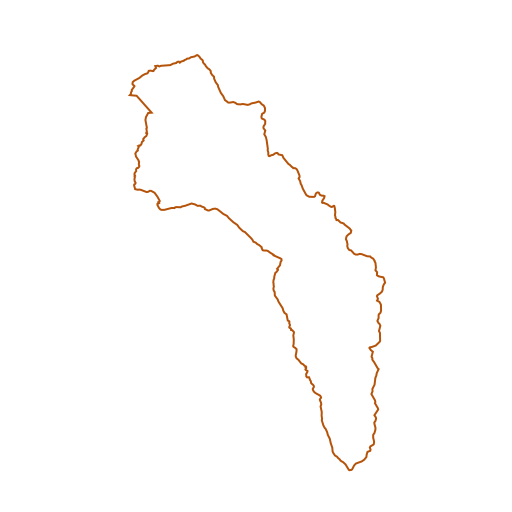 Uzumba Maramba Pfungwe, Mashonaland East, Zimbabwe (Natural Earth projection), rotated 111°
{"feature_id": "62879985B20819792882543", "entity_name": "Uzumba Maramba Pfungwe", "entity_type": "district", "adm_level": 2, "iso_a3": "ZWE", "parent_name": "Zimbabwe", "parent_adm1": "Mashonaland East", "projection": "natural_earth1", "projection_center": [32.048, -17.097], "detail": "fine", "context": "isolated", "style": "outline", "palette": "amber", "viewbox_px": 512, "rotation_deg": 111, "n_neighbors": 0, "source": "geoboundaries", "source_scale": "gbopen_adm2", "svg_char_len": 6106}
<svg xmlns="http://www.w3.org/2000/svg" viewBox="0 0 512 512"><g transform="rotate(111 256 256)"><path d="M218.1,143.4L216.5,145.6L216.1,148.1L215.5,149.2L216.4,152.1L216.4,157.9L216.8,159.8L218.4,161.9L218.9,163.5L218.8,165.1L216.7,169.2L217.0,171.0L215.8,173.0L214.9,173.7L214.0,174.4L212.4,174.7L209.6,176.5L208.0,178.1L205.2,178.5L203.1,177.6L200.4,175.8L198.0,176.2L197.5,177.5L196.9,178.0L194.9,184.7L194.2,185.8L194.4,189.1L193.0,192.4L193.6,193.4L193.6,193.8L192.4,194.7L192.0,195.5L190.9,195.9L189.6,196.9L186.8,197.6L183.1,199.5L181.2,200.9L181.3,201.4L182.8,202.5L183.2,203.2L183.0,205.0L182.2,207.8L182.1,211.9L182.6,212.9L182.4,213.5L180.5,213.9L177.6,213.2L175.6,213.4L175.5,214.5L176.0,216.0L176.1,217.7L175.9,218.4L174.4,220.0L174.5,221.2L175.5,222.2L176.8,222.5L179.1,222.3L180.0,223.0L181.6,227.4L181.3,230.0L180.9,231.1L176.4,236.4L173.5,238.9L172.5,240.2L170.4,241.5L168.3,244.0L166.7,243.6L165.1,244.4L161.1,248.2L160.2,249.5L160.0,251.1L160.7,252.7L160.1,253.5L160.0,254.5L158.9,256.8L158.4,258.8L154.6,265.5L152.5,267.6L153.1,271.3L152.2,272.8L152.2,273.4L153.2,274.8L155.4,276.3L156.5,277.9L157.9,279.1L158.0,280.0L156.7,281.0L155.1,281.5L153.0,283.1L151.8,283.3L144.2,287.5L141.4,289.4L139.4,291.9L135.5,292.3L134.2,294.6L133.4,295.1L132.2,295.4L129.4,294.8L126.7,295.7L125.7,297.0L125.6,299.6L125.2,300.2L124.0,300.9L121.0,301.2L119.2,299.7L117.4,299.6L114.7,300.6L112.8,302.6L112.3,305.0L110.9,307.6L110.8,308.8L113.0,311.5L115.2,315.0L116.5,316.0L117.9,317.9L118.8,322.8L120.0,324.8L120.9,327.6L120.9,328.7L120.4,329.9L120.4,332.4L122.2,335.4L122.7,336.7L122.6,337.5L122.1,338.7L121.6,340.8L118.5,343.9L116.4,347.2L111.7,351.9L110.2,352.8L108.3,355.8L105.4,358.7L103.7,359.4L102.6,362.0L101.1,363.9L99.5,364.6L98.4,366.6L98.1,368.3L96.8,370.8L95.6,372.1L94.9,373.9L93.9,375.1L92.9,375.5L92.3,376.1L91.5,378.5L90.2,380.3L89.5,382.2L89.5,383.0L91.9,385.0L93.7,387.9L95.6,389.3L96.4,391.0L97.8,391.9L98.8,393.1L99.6,393.3L101.3,395.6L102.8,396.4L102.2,397.6L102.5,398.4L103.7,399.5L104.4,399.6L106.2,402.4L108.5,404.4L112.5,412.9L113.7,414.2L113.5,415.8L114.8,418.1L116.3,416.7L118.8,417.9L120.0,418.0L120.4,418.6L120.7,420.8L121.6,422.5L123.5,422.5L124.8,423.2L125.6,424.5L128.2,426.8L131.6,428.7L136.0,432.5L137.8,433.4L139.7,433.0L140.3,432.0L140.7,430.6L141.2,430.3L145.6,431.5L146.4,431.0L147.9,431.3L149.5,430.9L151.0,431.4L149.2,424.9L159.6,404.8L161.1,407.9L165.7,408.5L168.6,408.0L175.5,403.8L176.4,404.0L178.7,402.6L180.5,402.6L180.5,402.1L180.2,401.8L180.7,401.4L183.3,401.4L185.0,402.5L187.3,403.2L188.5,402.3L190.3,403.3L192.7,403.1L193.8,403.4L194.6,403.9L194.6,404.6L195.7,404.7L195.8,405.2L196.5,404.5L198.8,404.7L199.9,404.1L201.0,404.9L203.5,405.4L206.1,403.7L209.0,399.7L209.8,399.3L210.0,398.9L212.8,398.1L213.7,397.2L214.6,397.1L216.1,397.7L216.6,398.6L217.2,398.9L218.0,399.0L219.7,398.3L222.0,399.0L223.5,398.7L224.5,397.6L225.1,398.0L226.2,397.2L227.7,397.1L229.6,396.1L230.9,394.6L231.9,394.6L232.9,395.3L233.6,395.2L236.9,392.8L236.5,390.0L235.8,388.8L235.5,387.2L235.5,381.0L234.7,379.7L233.1,378.4L232.8,377.1L233.3,373.4L236.0,369.2L239.1,365.6L239.8,365.5L240.8,366.5L241.5,365.5L242.7,366.7L243.7,366.3L245.9,363.8L246.8,362.0L246.8,360.8L245.7,358.0L241.4,352.0L240.4,349.2L239.5,348.9L238.8,347.7L237.5,343.8L236.4,343.0L234.4,340.0L230.1,335.0L229.7,331.5L230.1,328.4L229.0,326.1L229.3,324.4L229.2,322.5L229.4,321.2L230.5,320.5L230.7,317.2L230.4,316.2L227.5,313.1L226.4,311.1L226.2,308.8L228.5,301.4L228.9,297.5L230.4,294.9L232.6,289.2L233.7,284.6L235.5,282.0L237.5,277.2L237.6,274.9L241.1,267.0L242.1,265.2L243.6,263.5L243.6,261.0L244.4,259.3L244.7,256.9L245.8,253.8L246.5,253.6L248.2,251.9L248.0,250.4L247.1,248.1L247.1,246.4L247.8,244.1L248.5,240.2L248.7,239.6L249.1,239.7L249.5,231.9L249.8,231.1L251.1,230.5L252.6,230.9L256.1,230.3L260.4,231.7L260.8,230.6L261.3,230.5L263.7,231.2L264.8,231.9L268.9,231.5L270.3,231.0L272.2,231.0L274.7,230.3L275.4,229.7L277.0,229.1L278.0,228.4L280.2,228.1L281.9,227.1L282.9,225.7L286.2,224.2L288.8,220.2L290.6,218.6L295.2,212.4L297.4,210.8L298.9,209.0L299.5,206.6L304.9,203.2L305.0,201.6L305.3,201.3L306.8,200.9L308.3,199.5L310.5,199.5L311.0,199.0L311.2,197.4L312.5,196.7L312.2,196.0L313.2,193.6L313.9,193.1L316.8,192.7L320.2,190.9L324.4,189.4L326.8,189.0L327.4,188.4L327.7,186.4L328.5,184.7L330.6,184.0L335.0,183.2L336.2,182.3L337.0,181.4L337.7,179.2L340.0,175.4L340.2,173.2L341.0,171.6L341.3,169.6L341.9,169.3L342.5,169.7L343.0,169.0L344.2,169.2L344.6,168.6L344.9,166.7L345.9,166.5L348.3,166.9L350.5,165.8L351.0,164.8L350.2,163.0L352.4,161.1L353.2,160.0L355.0,158.9L355.9,156.4L356.7,155.4L357.5,155.0L359.6,155.4L360.6,154.9L361.8,153.5L362.6,151.6L363.4,146.0L364.6,144.6L365.2,144.5L366.3,144.9L367.4,144.9L369.7,142.7L371.1,141.9L373.3,141.8L378.1,138.7L381.6,137.5L384.3,136.0L385.8,135.7L390.1,132.3L392.0,130.1L392.3,129.2L394.9,126.5L397.2,124.9L400.2,121.6L403.9,119.2L407.6,116.1L410.9,114.5L412.0,113.5L413.9,110.9L414.4,108.3L415.4,106.6L415.7,105.3L416.8,103.7L417.3,100.6L418.5,97.7L422.3,92.8L422.5,92.0L421.5,90.3L420.7,89.8L416.3,89.3L414.0,88.4L409.9,83.7L407.4,82.0L404.1,80.9L401.8,81.5L398.9,81.7L396.9,79.5L395.5,79.8L394.0,81.1L392.8,81.0L389.9,78.7L389.3,78.6L387.0,79.2L383.8,81.4L381.6,82.3L380.7,82.5L379.1,82.0L375.9,82.2L373.7,82.8L370.4,85.2L369.0,85.9L367.3,85.4L364.8,85.6L363.8,86.2L362.2,88.4L355.5,86.9L354.3,87.8L350.8,92.2L349.7,92.2L348.3,93.0L343.5,98.8L340.6,98.7L338.4,99.7L333.7,99.2L326.9,100.9L324.5,100.8L322.3,101.3L317.7,101.0L317.5,101.8L312.6,107.9L311.5,109.7L310.8,110.4L309.7,110.7L308.7,112.0L303.5,112.6L302.7,115.1L301.2,117.2L300.4,116.9L299.4,115.2L296.7,112.1L291.8,109.8L290.8,109.7L283.4,112.7L282.0,114.3L276.6,114.9L275.2,116.3L274.7,117.6L273.1,119.4L270.0,119.3L267.1,120.4L266.3,120.4L264.6,119.5L262.3,119.6L256.7,121.9L254.6,124.3L254.3,127.0L252.3,126.8L250.1,128.7L249.2,128.7L247.0,127.1L244.3,125.7L242.3,125.6L239.5,126.5L236.6,126.5L234.7,125.9L231.3,128.4L230.3,129.5L231.0,133.9L230.8,135.7L230.5,136.3L227.7,137.1L226.6,139.3L223.5,140.0L219.5,142.1L218.6,143.3L218.1,143.4Z" fill="none" stroke="#b45309" stroke-width="2"/></g></svg>